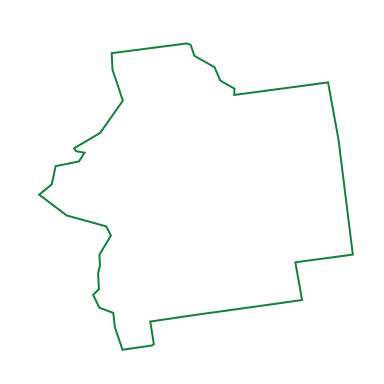 Russell, Alabama, United States of America (Mercator projection), rotated 173°
{"feature_id": "52423323B77789245141210", "entity_name": "Russell", "entity_type": "district", "adm_level": 2, "iso_a3": "USA", "parent_name": "United States of America", "parent_adm1": "Alabama", "projection": "mercator", "projection_center": [-85.086, 32.286], "detail": "fine", "context": "isolated", "style": "outline", "palette": "green", "viewbox_px": 384, "rotation_deg": 173, "n_neighbors": 0, "source": "geoboundaries", "source_scale": "gbopen_adm2", "svg_char_len": 744}
<svg xmlns="http://www.w3.org/2000/svg" viewBox="0 0 384 384"><g transform="rotate(173 192 192)"><path d="M280.2,43.9L255.6,44.4L250.8,44.5L248.4,45.5L249.2,68.5L200.0,69.7L156.8,70.3L95.9,71.4L98.0,109.6L83.1,109.8L40.0,110.3L40.2,226.0L43.6,284.2L53.2,284.1L138.3,283.2L137.3,289.4L150.4,299.2L154.4,313.1L173.0,326.8L175.4,338.2L179.0,340.1L254.8,339.6L256.0,323.2L249.5,291.1L276.0,261.8L303.7,249.8L302.1,246.6L293.9,244.1L300.5,236.1L324.2,234.3L326.2,228.5L330.3,216.7L344.0,208.0L319.3,184.0L306.7,178.8L281.3,168.3L277.8,158.6L291.5,141.1L292.4,129.9L292.8,128.8L295.1,122.9L296.2,106.9L302.7,101.9L298.0,88.4L284.9,81.6L285.0,67.0L284.7,65.6L280.8,46.8L280.7,46.4L280.2,43.9Z" fill="none" stroke="#15803d" stroke-width="2"/></g></svg>